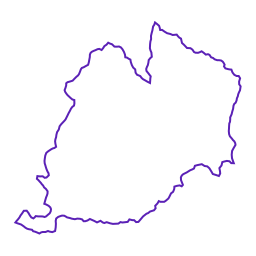 the district of Marabá Paulista, São Paulo, Brazil
{"feature_id": "56859067B14081948497255", "entity_name": "Marabá Paulista", "entity_type": "district", "adm_level": 2, "iso_a3": "BRA", "parent_name": "Brazil", "parent_adm1": "São Paulo", "projection": "robinson", "projection_center": [-52.077, -22.12], "detail": "fine", "context": "isolated", "style": "outline", "palette": "violet", "viewbox_px": 256, "rotation_deg": 0, "n_neighbors": 0, "source": "geoboundaries", "source_scale": "gbopen_adm2", "svg_char_len": 4280}
<svg xmlns="http://www.w3.org/2000/svg" viewBox="0 0 256 256"><path d="M90.6,52.9L89.9,54.6L89.8,57.1L89.3,59.7L88.8,62.4L88.1,64.8L85.7,66.1L83.6,67.3L81.9,67.9L80.9,69.2L80.0,71.7L79.0,74.1L78.0,75.5L76.5,76.7L74.6,78.6L72.6,80.7L69.7,81.6L67.5,82.2L66.2,83.3L66.2,85.4L65.5,87.8L64.6,90.1L65.2,91.9L66.4,93.7L67.6,95.2L68.9,96.4L70.6,98.0L72.4,99.5L74.3,100.0L74.4,103.5L74.0,105.6L72.3,106.9L70.9,108.8L70.0,110.7L68.7,113.0L67.6,115.3L66.6,117.3L65.5,119.5L64.4,120.8L62.7,122.6L61.1,124.3L59.6,126.3L58.8,129.5L57.1,132.1L56.4,134.8L56.1,137.2L55.4,139.3L55.1,141.3L55.4,143.7L56.1,146.8L54.4,148.0L52.9,148.4L51.3,149.2L49.2,150.6L47.9,151.5L46.3,152.9L45.3,155.5L44.9,157.9L44.5,160.9L44.7,163.3L45.4,165.5L45.9,167.3L46.5,169.1L47.5,171.5L48.5,173.2L48.8,175.3L46.5,177.5L44.7,177.8L42.7,176.3L40.0,176.4L37.4,176.1L36.9,178.8L38.4,180.1L39.7,181.6L40.9,182.9L41.9,184.3L43.1,185.5L44.1,187.4L45.9,188.9L47.6,191.3L47.5,193.6L46.9,195.5L46.1,197.4L45.4,199.8L44.9,201.6L44.3,203.8L46.2,204.5L48.6,205.8L50.3,207.4L51.0,209.1L50.7,211.3L49.7,213.3L47.9,214.8L46.1,216.4L44.6,217.0L42.9,216.5L41.2,216.4L38.2,216.4L35.7,216.1L34.6,217.4L33.4,218.4L31.3,217.4L29.8,215.3L28.5,213.0L26.7,210.7L23.8,210.8L22.1,213.4L20.5,215.5L19.5,217.4L17.8,219.6L16.6,220.9L15.4,222.5L17.5,223.3L21.1,224.5L23.7,226.3L25.4,227.7L27.1,228.7L28.8,229.2L30.5,229.5L32.1,229.8L33.1,231.2L35.1,231.7L37.1,232.5L39.4,233.5L41.1,232.4L42.6,232.0L45.5,232.0L48.0,231.0L49.5,231.6L52.3,232.1L55.1,231.0L55.7,227.4L55.9,223.8L55.7,220.9L56.2,218.5L58.2,216.9L60.1,216.2L62.0,215.6L64.2,215.7L65.7,216.5L67.1,217.4L69.8,218.0L71.9,218.7L74.9,219.2L77.3,218.6L80.0,218.8L82.1,219.4L83.6,221.2L85.3,221.2L87.5,220.5L89.9,219.0L94.2,220.9L97.0,222.4L100.5,220.8L102.8,222.5L104.3,223.0L106.7,222.2L110.1,223.3L112.9,223.9L114.7,223.8L118.4,223.6L120.4,222.1L122.5,222.5L127.7,221.9L129.4,219.4L132.1,220.1L134.2,220.2L136.1,222.1L138.4,221.9L140.4,219.6L143.1,216.4L146.5,213.7L148.1,213.1L150.1,211.5L152.1,210.9L154.0,210.3L155.6,208.3L155.2,205.8L157.5,203.4L158.8,201.1L160.4,201.8L162.3,201.8L164.2,201.8L165.6,200.9L168.4,198.5L169.3,196.9L171.0,193.4L173.1,191.8L174.2,189.1L174.4,186.6L176.7,185.9L179.6,185.4L181.7,186.3L182.9,184.9L181.0,180.1L180.9,177.3L181.8,175.5L183.2,174.2L186.8,172.4L190.1,170.3L192.3,169.4L194.0,168.5L194.9,165.8L197.4,165.1L201.8,164.2L204.6,166.0L207.3,166.4L209.4,168.3L211.5,171.7L212.8,174.0L216.3,175.1L218.9,176.0L220.2,173.5L220.0,171.3L219.4,168.1L221.5,165.5L222.3,162.1L224.3,161.5L226.9,160.9L229.5,161.3L231.2,163.1L233.8,163.2L233.0,161.1L232.0,158.2L231.7,154.7L232.1,150.9L233.5,148.3L235.5,144.9L235.2,143.1L234.3,141.3L233.1,140.2L231.8,138.5L229.9,136.3L229.1,134.1L228.8,131.1L229.0,128.3L229.1,125.9L229.3,123.4L230.0,121.8L230.2,119.5L230.2,117.4L231.6,114.3L232.3,111.4L233.1,108.8L233.5,105.7L234.2,104.0L235.7,102.6L236.6,100.3L236.9,98.3L237.8,96.3L238.2,94.3L239.0,92.3L240.0,90.3L240.6,86.3L239.2,84.3L239.1,81.5L240.1,78.3L238.7,76.0L236.6,76.0L234.3,74.8L232.5,72.5L231.4,69.6L229.5,69.4L228.0,69.1L225.4,68.4L224.0,66.4L224.6,64.7L223.7,63.0L222.7,61.6L221.1,60.5L219.1,60.2L217.2,60.2L214.6,59.3L213.1,58.0L211.1,57.3L209.5,54.9L208.0,54.2L205.8,54.6L203.7,52.8L201.6,51.3L200.0,52.1L198.1,52.8L195.5,52.7L194.0,52.0L192.5,49.7L190.5,48.2L188.9,48.1L187.0,48.0L185.6,46.5L183.9,44.7L182.0,43.0L181.4,40.4L181.0,38.6L179.4,37.7L178.1,36.4L176.7,34.6L174.7,34.8L172.7,35.0L170.4,34.0L167.1,33.2L164.5,31.6L162.1,29.9L160.2,30.0L159.7,27.8L159.1,25.8L156.9,23.9L155.0,22.5L154.3,24.7L153.1,26.5L152.7,28.7L152.4,30.4L151.7,32.9L151.0,35.9L151.1,39.1L150.4,41.5L150.1,44.0L150.0,46.1L149.9,48.3L150.5,50.5L151.4,52.5L151.6,54.7L151.8,56.8L150.2,58.2L148.7,60.1L148.4,62.6L147.8,65.2L146.9,67.0L146.2,69.0L146.5,71.0L148.3,73.2L149.5,74.8L150.7,76.3L150.3,78.6L150.2,80.5L150.0,83.0L147.4,81.7L145.4,80.5L142.9,79.1L141.5,77.8L140.3,76.1L138.7,75.4L137.1,74.8L135.6,72.7L135.2,69.4L133.2,67.6L131.9,65.2L130.8,62.0L130.4,59.6L128.6,58.7L127.0,57.6L125.3,57.3L125.0,54.7L124.0,52.0L122.5,49.3L120.9,47.4L119.0,46.5L116.7,46.7L114.4,46.6L113.2,45.4L111.9,44.2L110.0,43.6L108.2,42.7L106.5,44.7L104.4,46.1L103.1,48.2L101.6,50.0L99.3,48.9L97.5,49.2L95.4,50.2L93.6,50.9L91.8,51.8L90.6,52.9Z" fill="none" stroke="#5b21b6" stroke-width="2"/></svg>